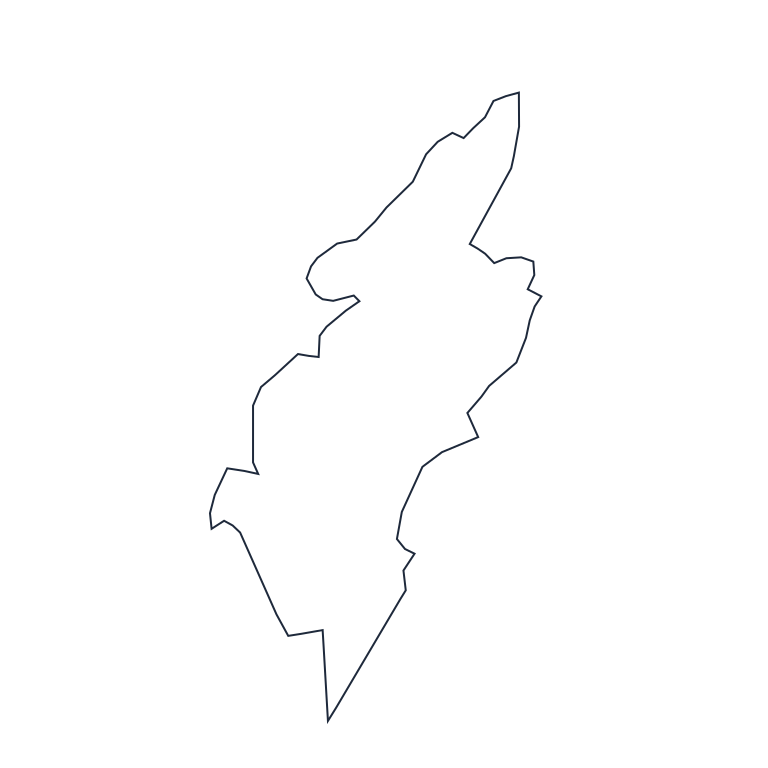 São Vicente Férrer, Pernambuco, Brazil, rotated 30°
{"feature_id": "56859067B99318407457286", "entity_name": "São Vicente Férrer", "entity_type": "district", "adm_level": 2, "iso_a3": "BRA", "parent_name": "Brazil", "parent_adm1": "Pernambuco", "projection": "equal_earth", "projection_center": [-35.495, -7.602], "detail": "fine", "context": "isolated", "style": "outline", "palette": "slate", "viewbox_px": 768, "rotation_deg": 30, "n_neighbors": 0, "source": "geoboundaries", "source_scale": "gbopen_adm2", "svg_char_len": 1109}
<svg xmlns="http://www.w3.org/2000/svg" viewBox="0 0 768 768"><g transform="rotate(30 384 384)"><path d="M290.4,535.4L292.9,564.7L297.9,582.9L307.1,595.6L313.9,582.4L323.7,582.2L333.7,584.6L406.1,637.3L427.0,650.0L437.4,641.6L453.9,627.8L463.4,642.2L503.9,703.8L504.4,688.2L505.7,561.9L506.0,551.8L494.1,535.8L495.3,515.7L484.7,516.4L472.7,511.8L463.4,485.9L458.7,436.5L468.3,414.0L492.1,382.9L470.7,367.4L474.7,346.2L476.0,333.1L487.9,299.2L483.9,273.0L478.4,256.0L475.7,241.5L476.5,229.4L461.1,230.1L459.7,214.5L452.1,203.3L439.5,205.7L427.1,213.9L419.0,224.2L406.5,220.6L397.2,219.9L388.3,219.9L386.3,133.6L382.6,121.9L372.3,93.6L355.1,64.2L345.7,73.7L337.3,84.1L338.1,102.5L333.3,118.0L330.0,131.2L317.6,132.3L309.4,147.4L305.6,164.0L307.8,194.4L297.9,229.9L295.0,247.8L288.0,272.6L273.2,285.8L263.3,308.0L262.0,318.6L264.2,331.3L280.1,340.6L288.4,341.3L298.4,337.4L313.6,322.5L321.3,324.6L314.3,339.5L305.6,363.1L304.2,374.5L313.9,393.3L305.0,397.2L294.5,401.1L285.1,431.1L279.0,448.1L281.4,468.2L309.8,517.4L320.0,524.8L306.6,529.1L290.4,535.4Z" fill="none" stroke="#1e293b" stroke-width="2"/></g></svg>